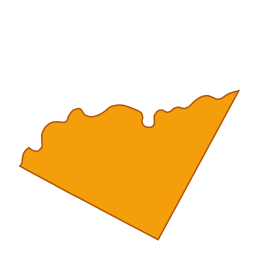 the district of Platte, Missouri, United States of America, rotated 118°
{"feature_id": "52423323B635722871414", "entity_name": "Platte", "entity_type": "district", "adm_level": 2, "iso_a3": "USA", "parent_name": "United States of America", "parent_adm1": "Missouri", "projection": "natural_earth1", "projection_center": [-94.851, 39.343], "detail": "fine", "context": "isolated", "style": "filled", "palette": "amber", "viewbox_px": 256, "rotation_deg": 118, "n_neighbors": 0, "source": "geoboundaries", "source_scale": "gbopen_adm2", "svg_char_len": 1580}
<svg xmlns="http://www.w3.org/2000/svg" viewBox="0 0 256 256"><g transform="rotate(118 128 128)"><path d="M212.5,49.0L43.1,47.7L46.6,51.5L49.9,54.7L51.7,56.0L57.8,59.2L58.8,60.1L60.2,61.8L60.8,62.8L61.0,64.1L61.5,70.0L61.9,72.3L62.4,73.4L64.1,76.0L65.2,77.1L66.6,78.3L68.2,79.4L72.5,81.7L79.3,83.7L81.2,84.5L83.9,86.9L85.0,88.7L85.7,92.7L87.0,94.8L88.4,95.9L89.3,96.7L93.1,98.2L94.3,99.1L95.5,100.4L96.0,101.6L95.9,104.1L96.0,105.8L96.2,106.6L97.4,108.4L98.2,109.1L98.8,109.5L99.1,109.7L100.3,110.1L103.8,110.6L105.1,110.3L106.3,109.8L108.4,108.7L111.0,107.0L113.3,106.7L114.4,106.8L115.3,107.2L116.7,108.3L118.0,110.8L118.6,112.5L118.7,114.3L117.9,116.5L116.6,118.0L114.7,119.2L112.7,119.6L111.9,119.9L110.8,120.7L109.2,122.3L108.4,123.3L108.2,124.1L108.2,124.5L108.0,125.8L108.9,136.3L109.4,138.9L109.8,141.2L110.6,143.6L111.6,146.2L113.2,148.7L116.0,152.0L117.5,153.3L118.9,154.2L122.6,155.6L126.1,157.3L129.8,159.6L132.6,162.1L134.8,164.7L136.1,167.4L136.7,170.9L136.6,172.3L136.0,174.1L133.6,178.4L133.6,179.8L134.1,181.0L134.7,181.8L137.4,184.3L138.4,184.9L141.5,185.7L145.5,186.0L149.7,185.3L150.9,185.5L151.7,185.9L152.9,187.0L153.7,188.3L155.4,192.7L157.9,197.0L161.5,199.8L165.0,201.1L166.9,201.5L171.2,201.6L174.4,201.0L180.5,197.6L183.5,195.5L185.9,195.1L189.7,196.1L191.4,197.3L192.0,199.6L192.6,202.0L191.9,206.4L195.9,207.9L199.5,208.3L204.9,206.8L207.7,205.4L210.1,205.2L212.5,205.6L212.5,197.1L212.6,190.3L212.7,168.9L212.8,160.0L212.9,150.7L212.7,132.2L212.7,116.3L212.7,80.3L212.6,74.3L212.5,49.0Z" fill="#f59e0b" stroke="#b45309" stroke-width="1.5"/></g></svg>